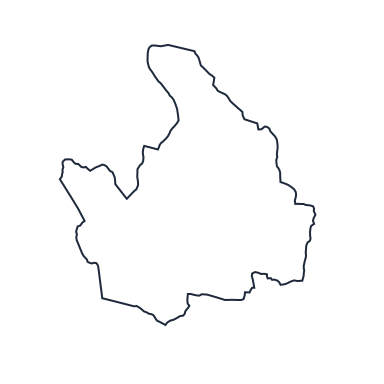 outline of Iguatu, Ceará, Brazil, rotated 288°
{"feature_id": "56859067B45961762145701", "entity_name": "Iguatu", "entity_type": "district", "adm_level": 2, "iso_a3": "BRA", "parent_name": "Brazil", "parent_adm1": "Ceará", "projection": "robinson", "projection_center": [-39.268, -6.353], "detail": "fine", "context": "isolated", "style": "outline", "palette": "slate", "viewbox_px": 384, "rotation_deg": 288, "n_neighbors": 0, "source": "geoboundaries", "source_scale": "gbopen_adm2", "svg_char_len": 3473}
<svg xmlns="http://www.w3.org/2000/svg" viewBox="0 0 384 384"><g transform="rotate(288 192 192)"><path d="M65.4,172.4L66.5,174.5L65.8,177.4L65.2,179.5L63.6,183.2L63.5,186.3L62.9,188.5L63.2,190.6L63.1,192.9L61.7,195.0L59.8,197.0L58.8,198.7L58.4,201.7L57.3,207.9L60.1,208.7L63.0,211.1L64.8,214.0L66.9,216.0L68.4,217.4L70.3,219.0L71.7,221.8L73.9,222.7L76.1,222.5L78.1,223.0L80.4,224.0L83.0,224.6L84.5,222.4L87.4,221.1L90.8,220.2L93.7,219.6L94.6,222.3L94.8,225.7L95.2,228.9L95.7,231.0L97.8,232.9L99.1,238.2L99.4,248.1L99.5,256.8L101.7,263.0L104.3,271.7L105.9,274.1L109.6,274.1L113.0,273.4L113.7,275.7L114.2,277.8L116.9,278.1L119.5,278.8L120.2,280.8L127.5,276.9L130.4,274.9L133.0,274.4L135.3,276.6L135.7,279.9L135.4,283.1L136.5,285.9L136.9,288.7L134.8,289.4L133.2,290.7L134.4,293.5L133.2,295.3L134.1,297.3L134.2,300.1L133.3,302.6L131.1,304.9L132.8,308.5L134.8,311.0L137.1,313.3L139.5,316.4L139.9,319.8L140.9,322.2L141.7,324.3L146.7,324.1L149.9,323.3L152.0,323.0L153.9,321.9L156.2,321.1L158.3,320.9L160.9,320.6L164.7,320.5L167.3,319.9L169.6,318.8L172.6,318.2L174.5,317.6L177.3,317.2L179.8,317.6L182.0,319.2L184.4,319.1L187.3,317.7L190.5,316.6L193.9,315.9L196.6,315.8L199.4,318.0L202.1,315.9L204.8,315.8L208.5,316.4L211.7,313.6L213.8,313.3L215.8,311.6L215.8,309.2L215.4,306.6L214.8,304.3L215.1,301.9L214.2,299.2L213.4,296.2L212.6,293.9L215.8,292.4L218.9,292.3L221.4,291.9L224.0,290.7L226.1,288.4L227.1,285.9L228.4,281.6L228.8,277.1L228.8,273.1L234.5,270.9L237.6,269.9L239.7,268.5L241.3,266.9L242.6,264.9L245.8,263.3L248.6,262.2L251.5,262.3L254.3,261.0L257.7,260.3L260.5,259.8L264.2,258.4L267.6,256.7L269.2,255.4L270.6,253.6L273.9,247.8L276.3,245.9L277.1,243.3L276.7,240.9L273.2,238.8L272.0,235.8L275.5,233.9L277.4,232.9L277.4,225.6L277.4,219.4L280.4,216.6L283.7,215.2L284.9,212.6L285.8,210.2L287.2,207.2L288.8,203.5L290.4,200.2L292.6,197.7L294.0,196.0L295.1,193.5L295.8,187.4L296.3,185.1L298.0,183.2L300.3,179.0L304.1,178.5L307.7,177.9L308.9,175.0L309.7,171.9L311.4,168.8L313.7,164.4L315.1,161.3L320.5,157.7L322.2,156.3L323.4,154.7L324.9,152.2L326.7,150.9L324.5,123.8L321.0,117.4L320.5,114.7L319.6,110.4L318.7,108.3L316.6,107.0L314.8,106.5L312.7,106.7L310.3,107.0L302.3,109.4L297.7,112.2L296.0,113.9L294.6,116.0L292.8,118.3L291.1,120.3L289.5,122.3L286.9,125.8L285.8,128.6L283.0,132.7L281.1,135.3L278.7,139.2L276.8,141.1L275.8,143.5L274.3,145.7L271.4,148.3L266.5,152.1L259.6,155.5L256.0,157.1L252.7,156.4L249.0,154.9L246.4,153.6L243.3,152.6L241.1,152.5L237.7,151.9L234.9,150.8L231.6,149.1L228.9,147.4L226.7,146.7L224.3,146.7L221.9,146.4L221.1,132.3L218.3,132.3L215.7,132.7L213.5,133.3L209.9,135.2L206.7,135.9L203.7,135.8L201.5,134.3L196.9,133.1L189.3,135.3L184.8,137.6L181.9,138.6L179.1,138.4L177.2,138.2L175.5,137.0L172.3,135.4L165.4,132.1L167.9,128.3L175.8,116.6L178.8,115.5L182.1,113.9L184.7,111.7L186.3,110.2L186.7,107.5L188.3,105.2L189.9,102.9L190.5,100.8L190.4,98.4L187.8,95.5L185.8,93.0L182.8,90.4L180.7,88.6L182.1,85.1L183.1,83.3L181.9,81.5L181.6,79.1L182.6,77.1L183.5,75.2L182.8,72.5L183.7,70.5L185.6,67.6L185.1,65.0L183.7,61.2L180.8,59.7L178.7,60.2L175.8,62.0L172.9,61.9L171.0,62.9L168.9,62.9L166.5,63.4L163.3,62.4L158.3,68.4L149.9,78.4L148.1,80.5L141.3,88.5L131.3,98.8L129.1,97.2L125.6,96.1L123.9,93.9L121.0,93.9L118.3,94.1L116.3,95.6L113.3,95.9L110.9,97.0L99.5,106.6L97.6,108.8L96.4,111.0L95.2,113.0L93.3,114.3L93.0,116.8L93.1,118.9L94.4,120.6L94.8,123.0L93.5,124.8L91.6,126.1L63.2,139.5L63.5,142.9L65.4,172.4Z" fill="none" stroke="#1e293b" stroke-width="2"/></g></svg>